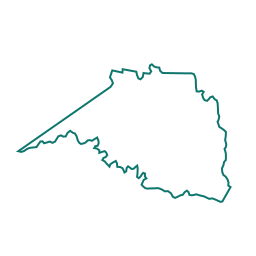 Rio das Antas, Santa Catarina, Brazil (Equal Earth projection), rotated 185°
{"feature_id": "56859067B48029334422149", "entity_name": "Rio das Antas", "entity_type": "district", "adm_level": 2, "iso_a3": "BRA", "parent_name": "Brazil", "parent_adm1": "Santa Catarina", "projection": "equal_earth", "projection_center": [-51.055, -26.911], "detail": "fine", "context": "isolated", "style": "outline", "palette": "teal", "viewbox_px": 256, "rotation_deg": 185, "n_neighbors": 0, "source": "geoboundaries", "source_scale": "gbopen_adm2", "svg_char_len": 2365}
<svg xmlns="http://www.w3.org/2000/svg" viewBox="0 0 256 256"><g transform="rotate(185 128 128)"><path d="M20.7,78.1L23.1,79.4L23.1,82.4L24.3,85.3L26.5,88.1L28.8,89.5L30.2,92.1L30.9,96.1L29.8,98.7L29.3,102.5L27.8,104.6L27.9,107.6L28.3,111.0L29.0,113.2L30.0,115.5L28.8,117.7L28.7,120.6L30.2,124.5L29.9,128.2L30.1,132.6L32.3,134.4L35.2,136.1L37.1,137.0L38.1,139.3L39.3,142.0L38.4,144.4L38.1,147.5L39.4,150.1L39.8,152.9L40.3,156.7L40.9,160.5L42.0,163.2L44.1,164.2L46.4,166.8L48.7,165.8L49.9,164.0L51.5,162.0L54.1,162.4L55.5,164.1L57.1,167.7L55.8,170.6L57.7,171.6L60.6,170.4L62.8,170.5L63.7,174.0L64.3,178.2L64.6,181.6L65.7,185.1L67.2,187.5L69.9,188.0L72.5,187.7L98.4,185.8L101.1,187.9L102.1,190.9L104.7,190.9L107.3,191.5L109.8,193.5L111.5,192.3L111.9,189.6L109.8,186.4L111.2,184.0L114.1,184.0L117.3,184.1L117.8,179.9L119.8,177.6L122.0,178.3L123.7,181.7L124.6,184.8L138.4,186.1L138.4,182.7L148.7,184.0L150.4,176.9L148.3,174.2L146.9,171.2L149.0,167.4L235.3,95.3L232.3,94.9L229.5,96.0L227.6,97.7L225.4,99.1L223.2,99.9L220.5,100.4L217.5,101.0L215.6,104.4L214.1,106.9L212.0,107.3L210.4,105.5L208.1,106.3L204.6,107.7L202.0,106.6L199.5,108.1L198.0,111.1L196.7,113.6L194.2,114.8L191.8,113.8L189.3,114.2L187.8,117.9L185.4,120.1L182.6,118.5L180.4,117.9L178.5,115.3L176.9,111.2L175.1,108.8L173.3,108.0L170.4,109.0L168.7,110.1L167.1,112.1L164.9,112.6L162.8,112.1L160.1,114.2L157.9,115.8L156.4,112.9L155.9,110.3L156.7,107.7L158.9,107.1L159.9,105.0L157.4,104.9L154.7,103.4L154.4,100.7L151.4,102.1L149.1,102.9L147.6,101.6L146.3,99.2L147.7,97.1L149.7,96.1L150.8,93.9L148.3,92.7L145.8,90.3L143.1,87.9L142.4,90.4L140.2,92.2L137.3,94.1L135.9,91.8L135.3,88.4L132.3,88.4L130.1,87.6L128.7,85.5L127.7,83.4L126.0,84.6L125.9,87.9L124.6,89.8L122.8,88.8L120.9,87.5L118.8,87.9L117.2,89.8L115.6,91.3L114.9,89.0L114.7,86.1L114.6,83.2L114.7,80.1L112.9,79.0L111.4,80.5L110.4,82.5L109.0,84.6L107.1,84.1L107.0,81.3L105.3,79.4L107.9,77.6L108.6,75.4L109.5,72.7L107.9,71.2L105.6,69.6L103.4,69.3L101.1,69.7L98.3,70.0L96.3,70.2L94.5,70.5L92.6,70.7L90.8,70.3L88.4,69.5L85.8,68.1L82.7,68.6L79.5,66.7L77.3,63.4L75.0,62.5L73.3,63.4L71.5,64.5L69.9,65.5L67.5,66.3L66.0,69.0L63.9,70.7L62.2,69.5L61.0,66.8L58.8,66.5L56.3,67.1L54.2,67.9L51.5,67.3L48.7,66.8L46.2,66.5L44.1,65.7L40.9,64.5L38.7,65.1L36.8,65.0L34.6,64.3L31.9,63.3L29.5,62.5L27.6,63.0L20.7,78.1Z" fill="none" stroke="#0f766e" stroke-width="2"/></g></svg>